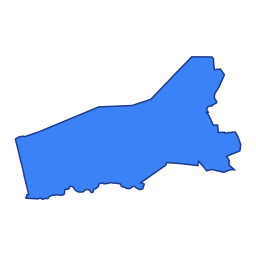 outline of Ramatas pag., Mazsalacas, Latvia
{"feature_id": "27541924B28390820320084", "entity_name": "Ramatas pag.", "entity_type": "district", "adm_level": 2, "iso_a3": "LVA", "parent_name": "Latvia", "parent_adm1": "Mazsalacas", "projection": "equal_earth", "projection_center": [24.963, 57.985], "detail": "fine", "context": "isolated", "style": "filled", "palette": "blue", "viewbox_px": 256, "rotation_deg": 0, "n_neighbors": 0, "source": "geoboundaries", "source_scale": "gbopen_adm2", "svg_char_len": 5377}
<svg xmlns="http://www.w3.org/2000/svg" viewBox="0 0 256 256"><path d="M234.4,169.7L229.4,165.5L229.1,165.1L229.1,163.9L229.0,161.6L229.5,161.0L228.6,159.6L227.0,156.6L226.8,156.3L231.1,154.4L236.0,152.5L239.1,151.2L239.9,150.8L240.2,148.9L240.4,146.8L240.6,144.8L240.6,144.7L240.4,144.0L240.5,144.0L237.9,136.6L235.3,132.1L232.2,132.2L231.7,132.5L231.4,132.5L228.1,132.5L227.5,133.0L224.6,133.0L224.6,132.3L220.3,132.4L218.3,132.5L217.6,125.1L213.3,125.1L211.2,120.6L210.2,118.4L208.3,114.5L206.5,112.5L208.3,112.3L206.9,110.2L206.5,109.6L207.3,108.2L208.0,106.7L208.7,106.4L211.2,106.0L212.2,105.8L212.2,105.7L212.2,105.0L212.5,105.0L213.1,104.7L213.7,104.4L214.7,103.8L216.4,102.9L216.7,102.5L216.8,102.0L216.6,101.7L216.3,101.1L215.8,100.3L214.6,98.2L214.2,97.8L214.2,97.7L214.3,97.2L214.4,96.5L214.8,93.6L215.1,93.1L215.5,92.4L216.2,91.3L216.8,90.4L217.1,90.0L217.8,88.9L219.3,86.6L219.6,85.8L219.6,85.7L221.2,82.0L222.4,79.3L222.7,78.7L222.9,78.2L223.4,77.0L223.7,76.4L224.0,75.8L224.1,75.3L224.3,75.0L224.3,74.7L224.1,74.4L223.4,73.3L222.9,72.7L222.4,71.8L222.1,71.5L221.6,70.8L220.4,69.1L214.4,69.6L214.1,66.9L214.0,66.7L213.5,61.4L213.3,59.6L213.2,58.6L213.3,58.6L212.2,57.0L207.3,56.9L206.5,56.9L202.5,56.9L197.4,56.9L194.4,56.8L191.8,56.8L190.8,57.8L188.9,59.8L179.4,69.5L173.2,75.9L169.6,79.8L168.3,81.1L165.3,84.2L154.7,95.3L150.7,99.4L132.1,105.5L98.8,106.9L38.4,132.0L24.9,136.6L23.1,136.2L19.2,136.8L15.4,139.0L16.3,142.9L16.5,143.6L17.5,147.5L18.8,152.7L19.8,157.2L21.1,162.8L21.8,164.7L23.6,172.9L24.3,176.6L24.4,177.2L25.4,180.8L26.8,186.6L27.7,190.4L28.2,192.6L28.3,193.3L28.7,194.8L26.9,194.8L26.8,195.0L26.8,195.3L26.9,195.5L26.8,195.8L26.7,196.0L26.4,196.4L26.4,196.6L26.4,196.9L26.3,197.2L26.1,197.4L26.0,197.5L25.9,197.6L25.7,197.8L25.9,198.0L26.1,198.1L26.4,198.2L27.2,198.3L27.5,198.3L27.9,198.3L28.5,198.4L29.3,198.4L30.5,198.4L31.5,198.5L32.2,198.5L33.4,198.6L33.7,198.7L35.7,198.7L36.4,198.7L37.0,198.8L37.3,198.8L37.5,198.9L38.1,198.8L39.0,198.5L39.5,198.3L40.0,198.2L40.3,198.2L40.8,198.2L41.0,198.3L41.4,198.5L41.6,198.6L41.7,198.8L41.8,198.8L41.8,199.0L42.0,199.1L42.4,199.2L42.6,199.2L43.2,199.1L43.4,199.1L44.3,198.7L44.6,198.6L45.0,198.5L45.4,198.5L46.1,198.5L46.9,198.5L47.2,198.5L47.7,198.6L47.9,198.6L48.0,198.5L48.2,198.3L48.2,198.2L48.4,197.9L48.4,197.5L48.6,197.2L48.8,196.9L49.2,196.6L49.7,196.3L50.2,196.0L50.4,195.9L51.7,195.5L52.1,195.4L53.6,195.2L54.0,195.2L54.7,195.0L56.3,194.8L57.2,194.7L57.5,194.7L57.7,194.8L57.8,194.9L58.1,195.0L58.9,195.1L59.1,195.1L59.6,195.1L59.8,195.1L60.0,195.1L60.3,195.1L61.2,195.1L61.5,195.2L62.0,195.2L62.6,195.0L63.0,194.9L63.4,194.7L63.8,194.4L63.9,194.2L64.0,194.1L64.3,193.7L64.4,193.3L64.5,193.1L64.5,192.9L64.6,192.4L64.5,191.8L64.5,191.5L64.5,191.2L64.6,190.9L64.7,190.5L64.9,189.9L65.0,189.5L65.1,189.4L65.3,189.3L65.5,189.2L66.1,189.3L66.3,189.4L66.8,189.4L67.7,189.2L68.1,189.1L68.5,188.9L68.8,188.8L69.0,188.6L69.1,188.4L68.8,187.8L68.8,187.6L69.0,187.3L69.2,187.2L69.4,187.0L70.0,186.7L70.3,186.4L70.5,186.4L70.8,186.4L71.0,186.4L71.5,186.4L72.1,186.5L72.7,186.8L73.1,187.1L73.4,187.5L74.0,188.5L74.5,189.2L74.7,189.5L75.1,189.9L75.3,190.1L75.6,190.3L76.0,190.7L77.0,191.3L77.4,191.5L78.1,191.8L78.9,192.0L79.2,192.0L79.9,192.1L80.4,192.1L81.4,192.0L82.0,192.0L82.8,191.9L83.1,191.8L83.3,191.7L83.6,191.6L83.8,191.5L84.1,191.1L84.1,190.9L84.4,190.5L84.8,190.3L85.3,190.0L85.9,189.8L86.6,189.6L86.8,189.5L87.1,189.5L87.9,189.6L88.3,189.7L88.7,189.8L89.1,189.9L89.3,190.0L89.6,190.2L89.7,190.3L89.9,190.5L90.1,190.9L90.3,191.1L90.4,191.4L90.9,192.1L91.0,192.3L91.4,192.5L91.7,192.6L92.0,192.6L92.4,192.5L92.6,192.4L92.7,192.2L92.9,192.1L93.2,191.6L93.3,191.3L93.5,190.9L93.5,190.7L93.6,190.3L93.6,190.0L93.5,189.6L93.5,189.4L93.8,189.1L94.3,189.0L95.2,188.8L95.5,188.7L95.8,188.5L96.3,188.3L96.8,187.9L97.0,187.7L98.0,186.8L98.2,186.6L98.4,186.2L98.5,186.0L98.6,185.6L98.6,185.0L98.7,184.5L98.9,184.1L99.0,183.9L99.5,183.7L100.1,183.5L100.7,183.3L101.7,183.2L102.4,183.1L102.6,183.1L103.0,183.2L103.3,183.4L103.5,183.5L103.8,183.7L104.2,183.8L104.5,183.8L105.0,183.7L106.6,183.6L108.2,183.3L108.6,183.2L109.9,182.9L110.6,182.7L110.8,182.7L111.1,182.7L111.4,182.7L112.4,182.9L113.2,183.0L114.0,183.2L114.5,183.2L115.2,183.2L115.8,183.0L116.0,183.0L116.4,183.1L116.6,183.1L117.5,183.4L118.5,183.6L118.9,183.7L119.3,183.6L119.5,183.6L119.9,183.8L120.2,184.0L120.6,184.3L121.0,184.8L121.1,185.0L121.0,185.4L121.0,185.6L121.2,186.0L121.5,186.2L121.7,186.3L122.2,186.6L123.6,187.0L124.2,187.1L124.6,187.3L125.2,187.5L125.6,187.8L126.1,188.2L126.5,188.4L126.8,188.4L127.1,188.5L128.6,188.6L129.1,188.6L129.7,188.5L130.3,188.3L130.8,187.9L131.2,187.7L131.5,187.5L132.0,187.1L132.3,186.9L132.6,186.7L132.8,186.6L133.1,186.5L133.4,186.4L133.9,186.3L134.2,186.3L134.5,186.4L134.7,186.5L135.3,187.0L135.7,187.4L136.1,187.7L136.4,187.9L136.7,188.1L137.7,188.6L139.5,189.5L139.8,189.6L141.7,189.1L142.7,188.9L143.3,186.9L143.5,186.5L144.2,184.2L142.8,183.2L140.6,182.7L145.0,179.7L148.1,177.6L153.3,173.8L154.4,173.2L156.9,171.4L158.3,170.4L160.0,169.2L162.5,167.4L165.7,165.4L166.6,162.6L172.6,163.0L174.5,163.1L177.2,163.3L181.7,163.7L184.1,164.0L187.5,164.4L188.9,164.5L190.4,164.7L197.9,165.6L198.2,162.5L198.5,161.3L198.7,161.5L199.1,161.8L202.9,166.1L206.7,170.8L211.7,169.5L216.4,170.6L223.9,172.3L225.7,171.5L230.1,169.8L234.4,169.7Z" fill="#3b82f6" stroke="#1e3a8a" stroke-width="1.5"/></svg>